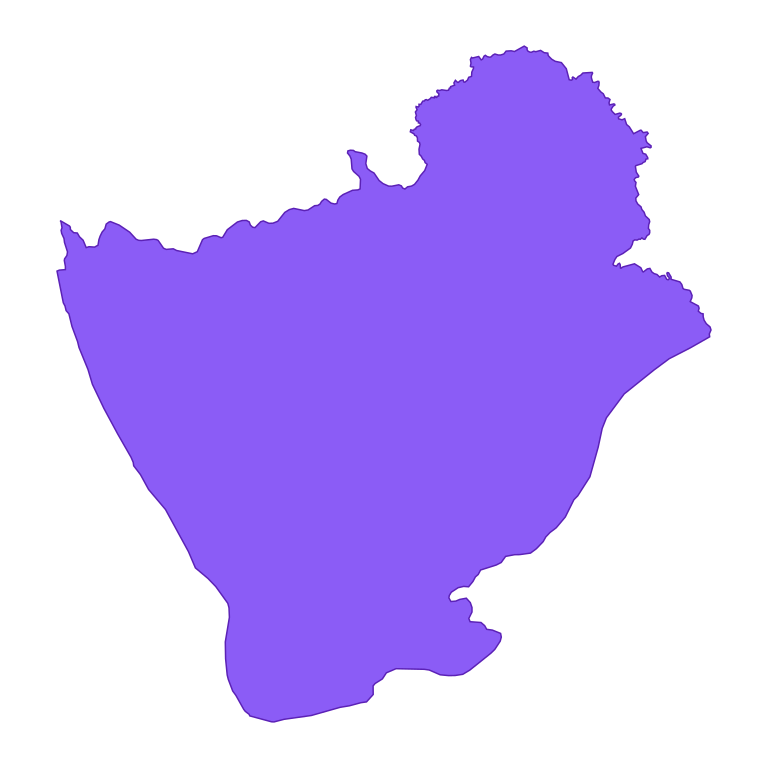 the district of Kham, Xiangkhoang, Laos
{"feature_id": "54806243B15908522447592", "entity_name": "Kham", "entity_type": "district", "adm_level": 2, "iso_a3": "LAO", "parent_name": "Laos", "parent_adm1": "Xiangkhoang", "projection": "orthographic", "projection_center": [103.704, 19.758], "detail": "fine", "context": "isolated", "style": "filled", "palette": "violet", "viewbox_px": 768, "rotation_deg": 0, "n_neighbors": 0, "source": "geoboundaries", "source_scale": "gbopen_adm2", "svg_char_len": 5993}
<svg xmlns="http://www.w3.org/2000/svg" viewBox="0 0 768 768"><path d="M60.2,220.6L61.0,221.8L62.0,227.8L61.1,230.3L61.7,233.5L64.0,238.5L64.5,242.5L67.5,251.9L66.9,255.5L64.6,258.8L64.3,260.5L65.4,266.4L65.4,269.6L59.3,270.1L57.0,271.1L63.3,302.8L65.0,306.0L66.1,310.6L68.9,313.8L72.0,326.5L77.6,341.7L79.0,347.5L88.0,369.5L92.4,384.3L103.9,408.4L117.6,433.8L131.1,457.4L133.2,462.3L133.7,465.8L140.5,474.7L148.6,489.5L165.5,509.5L188.5,551.7L195.4,567.9L207.9,578.4L215.8,586.6L227.8,603.3L229.0,607.8L229.4,617.3L225.3,641.9L225.6,658.8L227.2,675.0L228.3,679.4L232.7,691.0L235.9,695.4L243.7,709.3L245.3,711.4L249.1,714.3L249.8,715.9L271.5,721.8L274.1,721.9L284.1,719.3L311.3,715.5L340.2,707.3L349.4,705.8L360.9,702.7L366.5,701.9L373.2,694.5L373.1,685.9L375.1,683.5L382.4,678.9L386.4,672.8L396.0,668.7L424.3,669.3L429.2,670.0L440.2,674.8L448.6,675.6L455.1,675.5L462.8,674.3L469.8,670.1L491.0,653.1L494.8,649.4L500.2,641.2L501.3,637.1L500.6,633.4L492.4,630.1L486.7,629.3L484.7,625.7L481.0,622.5L470.1,621.7L468.8,618.5L472.0,612.0L472.0,607.5L470.3,602.6L466.3,598.2L459.8,599.4L455.8,601.1L450.9,601.5L448.9,597.9L449.3,595.5L451.3,592.2L458.1,587.7L463.7,586.4L468.6,586.8L473.0,581.4L475.4,576.9L478.2,574.5L480.6,570.0L496.3,565.0L501.2,562.5L505.6,556.4L514.5,554.7L519.7,554.6L530.5,553.1L536.4,548.7L543.2,541.6L545.8,536.9L550.0,532.5L556.2,527.8L565.3,517.0L573.9,499.7L577.7,495.9L589.9,476.8L598.2,447.1L602.2,428.4L606.4,417.8L624.2,393.9L654.0,370.0L669.2,358.7L690.2,347.9L709.7,336.8L709.3,334.0L711.0,330.0L710.1,327.0L706.3,323.7L704.1,320.2L703.2,316.8L703.1,313.8L701.0,313.4L698.3,311.2L699.1,308.2L698.4,306.0L690.2,301.6L691.8,297.9L692.1,295.5L690.3,291.1L689.3,290.3L684.2,289.3L683.0,288.5L681.8,284.5L679.9,281.9L671.1,279.3L671.1,277.0L668.6,272.8L667.3,272.6L666.9,273.3L667.5,275.9L669.0,277.4L669.4,278.7L668.1,279.8L666.7,279.3L664.6,275.4L661.8,275.7L659.6,277.0L657.0,274.5L654.1,273.6L651.9,272.0L649.9,268.4L647.3,268.9L643.4,271.9L642.7,271.7L640.8,267.7L634.5,263.8L623.0,266.9L621.0,268.2L620.5,268.1L620.2,264.6L619.5,263.3L618.3,263.8L616.4,266.2L613.6,265.3L613.0,264.2L614.9,259.5L616.9,256.5L622.9,253.5L630.5,248.0L632.3,244.3L633.1,241.0L634.7,239.9L637.1,240.1L639.0,239.1L640.4,239.3L641.9,237.9L643.3,239.1L644.9,239.3L647.1,235.6L649.0,234.4L649.7,232.8L649.7,230.3L648.4,228.4L648.7,224.7L649.7,221.7L649.2,219.5L645.4,215.9L644.1,212.2L641.8,209.4L641.0,206.8L637.8,204.1L636.0,200.9L635.8,198.1L638.7,194.6L635.4,186.3L636.0,182.4L634.6,180.8L634.2,179.4L635.6,177.7L638.4,177.0L638.8,176.1L636.3,172.2L635.4,166.4L635.9,165.6L642.0,163.7L643.1,162.5L645.1,161.6L646.0,159.1L647.8,158.8L647.7,157.6L645.7,154.2L643.0,153.4L641.0,148.4L646.9,146.8L650.2,147.8L651.0,147.4L651.1,145.9L647.1,142.7L646.2,141.0L645.4,136.7L648.2,133.4L647.1,132.0L643.2,132.6L641.1,130.2L640.4,130.2L633.6,133.7L629.3,126.8L626.6,124.5L624.7,118.7L622.0,119.8L618.6,118.8L618.4,117.2L620.9,115.3L621.5,114.1L621.1,113.5L619.8,113.1L615.1,114.4L612.3,111.6L611.2,109.9L611.4,108.8L613.2,106.1L614.9,105.0L614.7,104.3L613.9,103.9L609.5,104.9L609.0,102.9L610.0,99.5L608.0,98.0L605.3,97.9L603.3,93.8L600.9,92.0L597.8,88.4L598.9,85.4L599.1,82.4L598.7,81.4L597.7,81.3L594.7,82.5L592.7,82.2L591.4,77.8L591.4,75.9L592.6,73.1L592.2,72.4L582.9,73.0L580.6,75.3L578.3,76.5L576.0,79.1L572.9,77.0L572.2,77.7L572.5,79.5L571.2,80.2L569.2,79.7L566.3,68.7L561.4,62.6L555.2,61.3L551.7,59.2L549.2,56.7L548.2,55.5L547.8,53.1L544.2,52.7L540.6,50.4L535.8,51.7L533.8,51.2L531.2,52.3L529.8,52.1L527.9,51.1L527.1,49.8L527.1,47.9L524.2,46.1L514.5,51.5L511.2,50.8L506.1,51.1L503.8,54.0L500.6,55.0L498.2,55.0L494.9,54.0L493.1,54.9L490.8,57.0L489.6,57.2L487.2,56.6L485.3,55.3L484.0,56.2L482.6,59.1L481.2,59.9L478.7,56.5L472.5,58.0L471.5,57.4L470.4,59.5L471.0,63.1L470.4,66.2L471.0,66.8L473.5,67.0L473.5,68.3L471.8,72.1L471.5,76.4L468.7,77.3L467.5,80.1L464.8,82.2L463.7,81.9L463.2,80.1L462.6,80.1L460.4,80.6L458.3,82.4L457.5,82.3L455.4,80.3L453.9,82.9L454.6,85.2L450.6,86.6L450.6,87.8L449.4,88.1L448.5,90.2L446.6,90.5L441.7,89.8L439.8,90.5L437.5,90.2L436.8,90.9L436.9,91.9L438.9,93.9L438.6,96.1L437.1,96.3L436.8,97.4L436.1,97.5L435.0,96.3L434.5,96.5L434.3,97.8L431.3,97.3L430.2,98.7L427.7,100.3L426.4,99.6L425.2,99.8L424.5,100.9L422.8,101.1L420.8,104.4L419.0,104.3L419.1,106.0L418.2,107.0L416.1,106.5L416.0,107.3L417.1,109.7L415.4,112.0L416.4,115.7L415.5,117.4L416.0,119.6L416.6,120.8L418.4,121.2L418.4,122.9L419.6,123.0L420.6,124.6L420.2,125.6L417.1,126.8L416.0,127.8L415.7,129.0L414.3,129.2L413.5,130.5L410.8,129.8L410.3,131.8L413.9,133.8L414.7,135.3L416.3,135.9L417.4,137.8L417.5,141.1L419.5,142.5L420.0,144.4L419.0,149.2L419.3,154.3L421.2,156.2L422.7,159.0L424.4,160.4L425.1,162.6L427.2,164.3L424.7,170.6L420.3,175.8L417.9,180.2L414.5,184.4L411.5,186.1L407.6,186.8L404.9,189.0L402.6,188.0L401.4,185.9L398.8,184.8L391.8,186.2L388.6,186.1L383.0,183.6L379.1,180.5L374.0,173.0L370.4,171.0L367.3,168.5L365.8,163.6L366.9,156.1L365.1,154.2L362.0,153.0L355.2,151.7L353.4,150.4L350.4,150.2L347.9,150.9L347.5,153.0L349.9,156.0L351.2,159.1L352.0,168.9L353.6,171.5L359.0,176.3L360.5,179.2L360.1,188.9L357.9,189.9L352.5,190.3L343.2,194.5L339.8,197.0L337.9,200.0L336.9,203.5L334.7,204.0L331.0,203.1L326.3,199.4L324.3,199.1L321.6,201.4L320.0,204.0L317.9,205.4L314.6,205.7L308.0,210.0L304.3,210.6L293.7,208.4L289.3,209.6L284.8,212.4L277.7,221.3L272.9,223.2L268.9,223.3L263.3,220.9L260.6,221.8L255.0,227.6L252.6,227.2L250.4,225.1L249.2,221.9L246.4,220.4L242.2,220.5L237.4,222.0L227.3,229.7L222.7,237.3L221.1,237.7L216.6,235.8L213.3,235.7L204.2,238.4L202.5,239.7L197.3,251.7L192.7,253.8L176.6,250.5L173.3,248.8L166.2,249.4L163.5,248.2L158.2,240.5L156.6,239.6L153.7,239.2L141.3,240.5L138.6,240.3L136.1,239.2L129.7,232.2L119.2,225.1L110.5,221.6L109.0,222.0L106.2,224.1L104.9,228.8L102.1,232.1L100.1,236.2L98.9,239.7L98.0,245.2L94.6,247.1L89.0,246.7L86.2,247.6L83.1,240.2L79.5,236.8L77.3,233.0L73.7,232.7L70.4,229.5L70.3,227.2L69.5,226.0L60.2,220.6Z" fill="#8b5cf6" stroke="#5b21b6" stroke-width="1.5"/></svg>